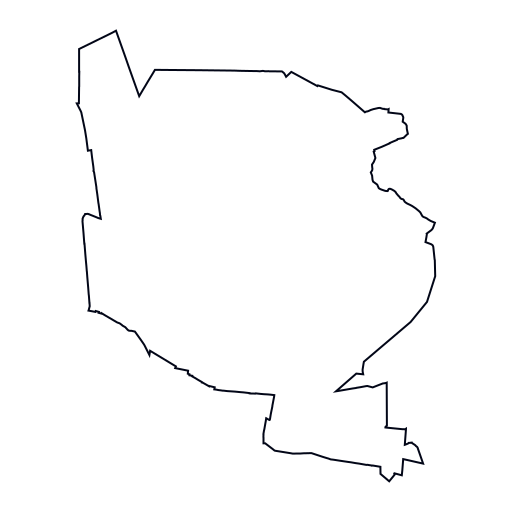 Apodaca, Nuevo León, Mexico
{"feature_id": "50627088B93095957405368", "entity_name": "Apodaca", "entity_type": "district", "adm_level": 2, "iso_a3": "MEX", "parent_name": "Mexico", "parent_adm1": "Nuevo León", "projection": "robinson", "projection_center": [-100.188, 25.787], "detail": "fine", "context": "isolated", "style": "outline", "palette": "ink", "viewbox_px": 512, "rotation_deg": 0, "n_neighbors": 0, "source": "geoboundaries", "source_scale": "gbopen_adm2", "svg_char_len": 5901}
<svg xmlns="http://www.w3.org/2000/svg" viewBox="0 0 512 512"><path d="M214.3,389.4L216.1,389.6L218.6,390.1L220.3,390.3L223.0,390.7L223.9,390.7L227.3,391.1L230.4,391.3L234.9,391.6L240.0,392.1L243.6,392.4L249.6,393.1L249.6,393.4L250.6,393.5L255.4,393.6L255.5,393.4L256.0,393.4L256.9,393.5L260.5,393.9L264.0,394.2L265.8,394.3L267.7,394.4L270.0,394.6L274.3,395.1L274.1,396.7L272.9,403.0L272.6,404.5L272.4,405.6L272.3,406.7L271.2,412.0L270.7,414.6L270.1,418.4L269.8,419.8L269.5,420.0L269.2,419.9L266.2,418.3L265.7,421.5L265.5,422.6L264.3,429.4L264.0,430.5L263.4,434.2L263.5,434.4L263.4,437.2L263.5,437.5L263.5,438.1L263.5,439.2L263.5,443.3L265.2,443.3L265.6,443.6L265.8,443.8L272.9,449.2L274.2,450.3L274.9,450.7L290.5,453.2L292.7,453.6L300.7,453.5L303.5,453.3L308.0,453.2L311.2,453.1L311.4,453.1L312.0,453.3L315.0,454.3L322.9,456.9L326.5,458.0L328.6,458.6L329.1,458.8L330.7,459.4L333.4,459.7L340.5,460.8L347.9,461.9L350.9,462.3L355.5,463.1L359.1,463.6L366.4,464.9L367.8,464.8L368.5,465.0L371.7,465.5L371.9,465.7L372.7,465.5L373.8,465.7L380.4,466.8L380.5,473.9L389.2,481.3L394.6,474.7L394.2,473.6L394.4,473.3L401.8,475.3L402.3,470.5L403.2,459.1L411.2,460.9L423.1,463.6L418.1,449.2L417.9,448.8L417.9,448.4L417.5,447.5L417.1,446.9L416.7,446.6L415.8,445.9L415.4,445.3L413.5,444.0L411.9,443.0L411.8,442.6L410.6,442.7L410.2,442.9L409.8,442.9L408.9,442.9L408.7,442.9L408.3,443.3L407.9,443.6L405.4,444.6L404.8,444.8L406.0,428.8L406.0,428.7L404.9,429.4L404.3,429.2L402.5,429.2L389.3,427.9L385.4,427.5L385.4,427.1L385.6,426.8L385.9,426.5L386.2,426.2L386.9,425.6L386.7,382.7L386.3,382.9L384.7,383.2L384.2,383.3L383.9,383.3L383.3,383.4L383.0,383.4L382.7,383.5L372.7,387.4L367.4,386.0L366.2,386.1L360.3,387.2L356.5,387.8L356.0,388.0L352.5,388.5L338.6,390.9L338.0,391.0L336.0,391.3L356.3,373.6L359.3,373.9L363.2,374.3L362.7,371.9L362.6,370.2L362.6,369.6L363.5,363.9L363.9,361.7L410.6,322.0L427.0,301.9L435.2,276.2L434.8,260.0L434.7,259.8L434.6,259.4L433.3,247.0L433.2,246.6L433.1,246.3L432.9,245.8L432.7,245.4L432.3,245.0L431.9,244.7L431.1,244.2L425.5,242.1L425.7,241.0L426.4,237.2L426.9,234.0L426.7,233.6L430.7,230.6L431.3,230.2L432.1,229.3L432.5,228.8L432.9,228.1L433.7,226.0L434.9,222.7L430.8,221.0L428.4,219.6L426.8,218.4L425.4,217.7L423.8,217.1L422.6,216.4L422.2,215.8L421.6,214.8L420.8,213.3L420.3,212.4L419.1,211.2L415.6,208.3L412.9,206.5L412.3,206.1L411.6,205.7L409.9,204.8L408.8,204.3L407.1,203.5L406.8,203.3L406.5,203.0L406.0,202.8L405.4,202.3L404.9,201.9L404.6,201.6L404.4,201.3L404.2,200.8L404.0,200.5L403.8,200.2L403.7,199.9L403.2,199.4L402.8,199.2L402.4,199.1L401.8,199.0L401.4,198.9L401.0,198.6L400.6,198.3L400.0,197.7L399.3,196.6L398.8,196.2L398.1,195.5L398.0,195.3L397.7,195.0L397.5,194.8L397.3,194.5L397.0,194.1L396.4,193.5L395.9,192.5L395.6,192.2L395.4,191.8L395.0,191.5L394.2,190.8L393.1,190.2L392.5,189.8L391.0,189.1L390.5,188.9L389.9,188.8L389.4,188.8L389.0,188.9L388.5,189.3L388.2,189.8L388.0,190.3L387.9,190.8L387.7,191.0L387.4,191.1L385.3,190.9L381.5,189.6L379.9,188.9L378.8,188.2L377.2,184.6L373.1,181.6L372.5,179.7L372.1,175.6L370.8,172.4L371.6,171.3L372.3,169.9L372.4,168.5L372.2,167.3L372.0,164.6L373.8,161.9L374.7,159.7L375.4,158.0L373.7,151.6L374.5,151.2L374.2,149.8L381.8,146.8L389.7,143.3L389.7,143.0L397.2,139.8L397.3,139.6L397.3,139.4L397.4,139.2L397.5,139.1L401.1,138.4L401.6,138.3L402.0,138.2L402.4,138.0L403.5,137.9L403.7,137.7L406.6,134.9L407.6,134.0L407.9,133.8L407.4,131.7L406.8,128.9L406.7,125.7L405.9,124.2L405.5,123.9L405.2,123.5L402.7,121.7L403.3,117.7L403.2,117.0L402.3,115.0L402.0,114.6L400.9,113.9L388.4,112.5L388.6,109.1L388.4,109.2L388.1,109.3L387.6,109.4L384.4,109.1L384.0,108.8L383.7,108.9L382.6,108.8L380.0,107.9L378.4,108.0L374.5,108.9L373.5,109.1L370.7,110.0L368.6,111.0L367.5,111.4L367.2,111.4L365.9,111.7L364.9,112.3L352.5,101.5L345.7,95.7L341.6,92.3L331.9,89.8L323.3,87.1L317.9,85.4L317.4,86.1L291.3,71.9L286.1,76.8L284.9,74.5L284.3,73.5L283.9,73.0L283.4,72.6L282.8,72.1L282.3,71.6L281.6,71.4L276.7,71.4L275.5,71.3L271.0,71.3L269.2,71.3L268.7,71.2L265.6,71.3L264.4,71.2L263.8,71.0L262.7,70.9L259.7,71.3L258.7,71.2L257.2,71.1L250.2,71.0L239.4,70.8L234.5,70.6L199.3,70.2L172.2,70.0L160.5,69.9L155.6,69.9L154.9,69.9L152.9,73.3L147.6,82.0L144.9,86.6L143.0,89.7L139.2,96.2L128.6,66.4L125.3,56.9L119.3,40.0L116.0,30.7L112.1,32.8L79.1,49.0L79.1,71.8L79.3,71.8L79.2,76.5L79.2,86.6L79.1,86.9L78.9,103.3L76.8,103.4L80.6,110.8L81.3,112.4L85.0,130.2L86.3,138.3L87.9,150.7L91.2,150.1L92.1,157.8L93.3,166.4L93.7,170.2L93.5,170.5L93.5,171.2L93.8,171.5L94.1,172.4L96.4,187.3L96.4,188.2L97.3,194.4L98.4,203.0L98.6,204.0L99.1,207.6L99.6,211.3L99.9,213.1L100.0,214.5L100.0,215.1L100.2,215.5L100.3,215.8L100.4,216.0L100.5,216.9L100.8,218.8L98.1,218.0L97.0,217.5L95.3,216.8L91.3,215.2L91.0,215.1L90.3,214.8L89.6,214.5L89.2,214.4L89.0,214.2L88.3,214.0L87.9,213.9L87.3,213.9L87.0,213.9L86.1,214.0L85.1,214.0L84.4,215.5L84.2,215.7L83.8,216.0L83.2,217.1L82.6,218.7L82.6,220.7L82.5,220.9L82.5,221.4L83.5,233.0L84.3,243.7L84.5,243.7L85.3,254.0L86.0,262.0L86.4,266.2L86.8,271.3L86.9,271.6L87.0,273.2L87.3,277.1L88.2,287.7L88.7,294.3L88.8,295.0L88.9,295.8L89.3,301.2L89.3,301.3L89.4,302.8L89.5,302.8L89.7,306.1L89.7,306.3L89.0,308.9L88.8,309.7L88.5,310.6L95.4,311.9L95.7,311.0L98.9,311.9L98.6,312.8L101.5,313.6L101.6,313.2L105.0,315.3L117.1,322.4L117.6,322.6L119.6,323.3L121.8,324.9L122.5,325.6L125.3,327.2L125.6,327.5L126.1,328.1L127.5,329.6L127.6,329.8L128.1,330.1L128.4,330.4L128.8,330.6L129.4,330.7L130.0,330.8L131.4,330.8L132.7,331.1L134.1,331.4L134.8,331.5L135.0,331.7L140.8,339.8L144.1,344.6L144.9,346.1L146.0,348.3L149.4,355.0L150.1,350.8L175.9,366.4L175.2,368.1L188.1,370.7L187.8,373.7L188.6,374.0L189.5,374.3L189.4,375.3L192.3,375.8L192.2,376.4L195.6,378.3L197.5,379.5L200.4,381.2L200.8,381.4L202.1,382.2L202.0,382.5L202.4,382.6L202.9,382.8L204.2,383.5L206.3,384.7L207.0,385.1L209.1,386.3L209.2,386.0L214.7,387.3L214.3,389.4Z" fill="none" stroke="#020617" stroke-width="2"/></svg>